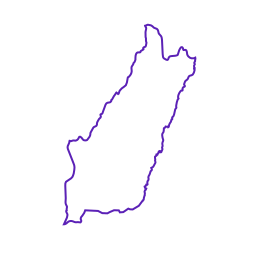 the Region of Atacama, rotated 189°
{"feature_id": "CHL-2696", "entity_name": "Atacama", "entity_type": "Region", "adm_level": 1, "iso_a3": "CHL", "parent_name": "Chile", "parent_adm1": "", "projection": "equal_earth", "projection_center": [-70.184, -27.52], "detail": "fine", "context": "isolated", "style": "outline", "palette": "violet", "viewbox_px": 256, "rotation_deg": 189, "n_neighbors": 0, "source": "natural_earth", "source_scale": "10m", "svg_char_len": 5730}
<svg xmlns="http://www.w3.org/2000/svg" viewBox="0 0 256 256"><g transform="rotate(189 128 128)"><path d="M176.2,22.9L174.3,29.9L174.2,31.7L174.2,32.6L174.4,33.4L175.7,35.3L176.1,36.3L175.6,37.1L175.9,38.1L175.9,39.3L175.9,40.6L176.6,41.8L177.3,42.7L177.8,43.8L178.1,45.0L178.5,48.9L180.9,61.1L181.2,63.5L180.8,65.2L176.3,69.4L175.2,71.1L174.8,72.7L174.5,74.6L174.5,78.4L174.7,80.8L175.3,82.8L176.3,84.6L177.4,86.5L184.1,97.9L184.6,99.2L184.7,100.6L184.5,101.4L184.0,103.2L183.8,104.1L183.7,104.6L183.8,105.8L183.7,106.2L183.4,106.2L182.4,106.1L182.0,106.2L180.5,107.0L179.7,107.2L177.9,107.3L177.1,107.7L176.3,108.3L175.7,109.1L175.2,110.2L175.0,111.1L174.6,111.7L173.8,111.9L172.4,111.2L171.2,110.0L170.0,109.1L168.4,109.0L167.1,109.4L166.6,109.7L166.1,110.5L164.6,113.4L164.3,114.5L164.2,115.3L164.3,117.2L164.1,118.0L162.4,122.7L162.0,123.4L161.4,123.9L160.2,124.7L159.6,125.2L159.4,125.8L159.2,126.4L159.3,127.0L159.4,127.7L159.3,128.8L158.9,130.1L158.0,132.4L157.7,132.8L156.9,133.8L156.7,134.3L156.6,135.0L156.8,135.6L157.1,136.2L157.3,136.9L157.1,137.3L156.1,137.8L155.8,138.1L155.5,138.7L155.2,140.5L153.8,147.6L153.2,148.9L152.3,149.7L150.2,150.4L149.6,150.7L149.2,151.2L148.8,151.9L148.8,152.3L148.9,152.6L148.9,152.9L148.2,153.7L146.9,157.3L146.1,158.8L145.3,160.7L145.0,161.2L144.5,161.0L143.8,160.4L143.1,160.0L142.6,160.5L142.2,163.0L141.9,163.8L140.4,166.1L138.5,168.0L136.8,169.9L136.8,170.1L136.2,172.7L136.1,177.7L135.9,178.2L135.7,178.3L135.4,178.4L135.2,178.7L134.4,179.9L133.7,181.3L133.3,182.8L133.2,184.4L133.4,185.5L133.9,187.5L134.0,188.5L133.9,189.3L132.9,191.5L132.8,191.9L132.8,192.3L132.8,192.7L132.6,193.1L132.2,193.7L131.8,194.4L131.6,195.3L131.4,196.3L131.4,197.2L131.6,198.1L131.8,200.5L131.7,201.7L131.5,202.7L130.9,203.7L130.1,204.2L128.3,204.5L127.7,204.8L127.6,205.1L127.6,205.4L127.4,206.0L127.0,206.4L126.1,207.1L125.5,207.7L125.3,207.8L125.2,207.9L125.0,208.2L125.0,208.4L125.5,209.0L125.5,209.4L125.3,209.8L125.0,210.2L124.6,210.4L124.3,210.6L123.5,211.1L123.2,212.0L123.1,214.3L123.1,215.1L123.4,215.7L123.7,216.4L123.9,217.0L124.3,219.4L124.5,219.9L124.8,220.4L124.9,220.9L125.7,225.4L125.7,226.8L125.6,228.2L125.6,229.2L125.9,230.1L126.8,231.0L127.1,231.7L126.4,232.0L125.2,232.8L124.8,233.0L124.5,233.1L121.5,233.0L120.7,232.7L119.8,232.3L118.8,231.6L118.0,231.1L115.0,230.4L114.1,229.7L113.5,228.8L112.8,227.1L112.5,226.4L112.1,225.9L109.8,224.0L109.1,223.0L108.7,222.0L108.2,220.3L105.3,206.4L104.5,203.6L104.0,202.9L103.4,202.4L101.1,201.5L100.4,201.4L99.8,201.4L99.3,201.8L99.1,202.2L99.0,202.6L98.9,203.2L98.7,204.0L98.4,204.6L97.9,205.2L96.8,205.7L92.5,206.8L91.3,207.3L90.5,207.8L90.3,208.2L90.2,208.8L89.6,212.7L89.3,213.7L88.8,215.0L88.4,215.8L87.8,216.2L87.0,216.2L86.4,215.6L86.1,215.2L86.0,214.8L85.9,214.4L85.7,214.1L85.5,213.8L85.3,213.7L84.9,213.8L83.8,214.1L83.2,214.1L82.6,213.8L82.1,213.0L81.7,212.2L81.1,210.1L80.8,209.5L80.3,208.9L79.8,208.3L79.2,207.9L77.8,207.1L76.8,206.9L75.9,206.8L73.8,207.2L72.6,208.0L72.3,207.1L72.3,204.8L72.2,204.6L72.2,204.4L72.3,204.1L72.4,203.8L72.6,203.4L72.7,203.2L72.7,202.5L72.4,202.2L72.2,201.9L72.0,201.4L72.1,201.0L72.4,200.3L72.5,199.8L72.0,197.7L72.1,197.0L72.0,196.8L71.5,197.1L71.3,195.3L71.6,193.0L72.4,190.9L73.5,190.0L74.1,189.8L75.4,189.1L75.8,188.7L76.2,187.8L76.6,186.0L77.0,185.2L78.4,183.7L78.9,182.9L79.4,180.3L79.4,179.7L79.2,179.4L78.8,179.0L78.5,178.6L78.4,178.1L78.7,177.6L79.4,177.2L80.0,176.6L80.3,175.7L80.0,174.0L80.1,173.6L80.4,173.4L80.7,173.4L81.0,173.4L81.3,173.3L82.1,172.2L82.9,170.3L83.4,168.2L83.4,166.6L83.2,165.7L83.0,165.4L82.8,165.2L82.7,165.0L82.9,164.6L83.4,163.8L83.5,163.0L83.8,161.2L83.9,157.9L83.8,156.9L83.4,155.6L83.6,155.1L83.9,154.7L84.1,154.2L84.3,153.5L84.6,148.7L84.8,147.6L85.1,146.6L85.3,146.3L85.5,146.1L85.8,145.8L86.0,145.3L85.8,144.3L85.7,143.6L85.9,143.3L86.3,143.2L86.4,142.9L86.5,142.4L86.5,141.9L86.6,140.9L87.4,139.2L87.7,138.2L87.9,137.2L87.9,136.1L88.0,135.5L88.3,135.1L88.5,135.0L88.7,135.4L88.9,135.7L90.4,135.2L91.1,135.3L91.3,134.7L91.5,134.2L91.9,133.8L92.2,133.6L92.5,133.4L92.5,132.8L92.3,131.7L92.3,129.7L93.1,127.8L93.2,127.3L93.1,126.2L92.7,124.9L92.3,123.7L91.3,121.6L91.3,120.6L91.6,119.5L91.7,118.1L91.5,117.3L91.2,116.4L91.0,115.6L91.3,114.2L91.2,113.7L90.8,112.9L90.7,112.6L90.7,112.0L90.8,111.7L91.2,110.3L91.2,109.9L91.4,109.4L91.8,109.1L92.3,109.1L92.5,109.6L92.6,110.2L92.9,110.3L93.2,110.2L93.4,110.1L93.9,109.6L94.0,109.3L93.9,108.9L93.9,108.4L94.1,108.0L94.4,107.8L94.6,107.4L94.6,107.0L94.7,106.3L94.8,106.2L95.0,106.4L95.2,106.5L95.8,106.3L95.8,105.9L95.7,105.5L95.6,105.2L95.9,104.8L96.6,104.2L96.8,103.9L96.7,103.0L96.1,100.8L96.2,100.3L96.2,100.1L95.6,98.7L95.5,98.1L95.6,97.7L96.9,94.0L97.2,93.5L97.4,93.3L98.2,92.7L98.8,92.2L98.2,91.3L98.0,90.9L97.9,90.5L98.0,90.0L98.3,89.5L98.8,89.0L99.0,88.5L99.0,88.0L99.4,85.5L100.1,83.6L100.2,82.5L99.7,80.9L99.7,80.0L100.0,79.1L100.3,78.7L100.4,78.3L100.4,77.9L100.4,77.3L100.3,76.8L100.0,75.7L99.9,75.3L100.2,74.9L101.1,74.9L101.4,73.6L102.4,72.8L101.9,71.6L100.5,71.1L100.8,69.8L101.4,69.3L101.7,67.9L101.5,67.1L101.1,66.3L101.1,65.0L100.9,64.3L101.1,63.8L101.2,63.0L101.4,61.4L101.3,60.1L101.4,59.7L101.5,59.3L101.9,59.0L102.1,58.8L102.2,58.0L102.5,57.9L105.1,52.9L110.6,48.3L113.3,48.0L115.1,48.4L119.5,44.2L122.8,43.4L124.2,45.2L128.9,44.6L132.9,42.1L135.0,40.5L140.1,39.9L144.6,41.4L157.4,40.0L157.6,38.9L157.8,38.0L158.0,37.2L159.4,34.2L160.3,32.7L160.5,31.9L160.5,31.4L160.5,30.9L160.4,30.5L160.3,30.3L160.0,29.8L159.8,29.4L159.6,28.8L159.7,28.3L159.9,27.7L160.1,27.4L160.3,27.3L162.8,27.2L164.4,26.8L165.4,26.7L166.2,26.8L167.9,27.2L169.1,27.3L170.4,27.1L171.4,26.7L172.2,26.2L174.0,24.1L174.9,23.4L175.4,23.1L176.2,22.9L176.2,22.9Z" fill="none" stroke="#5b21b6" stroke-width="2"/></g></svg>